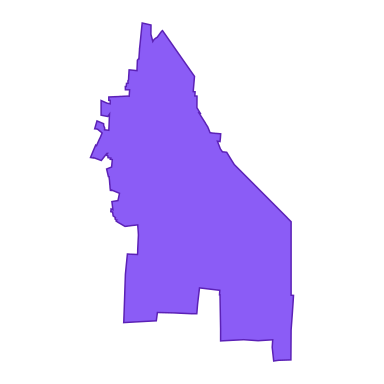 Hopelchén, Campeche, Mexico (Natural Earth projection)
{"feature_id": "50627088B35254539369817", "entity_name": "Hopelchén", "entity_type": "district", "adm_level": 2, "iso_a3": "MEX", "parent_name": "Mexico", "parent_adm1": "Campeche", "projection": "natural_earth1", "projection_center": [-89.782, 19.541], "detail": "fine", "context": "isolated", "style": "filled", "palette": "violet", "viewbox_px": 384, "rotation_deg": 0, "n_neighbors": 0, "source": "geoboundaries", "source_scale": "gbopen_adm2", "svg_char_len": 3420}
<svg xmlns="http://www.w3.org/2000/svg" viewBox="0 0 384 384"><path d="M139.7,47.5L139.6,48.1L139.6,48.4L139.5,48.8L139.5,49.8L138.9,58.9L138.5,58.9L137.4,60.2L137.2,65.2L137.0,70.0L137.0,70.6L135.1,70.5L134.8,70.4L134.7,70.4L129.8,69.9L129.5,69.9L129.1,69.9L128.9,73.5L128.7,76.2L128.6,78.5L128.5,79.8L127.9,80.9L128.0,82.3L128.0,83.3L126.5,83.4L126.3,86.4L125.3,86.5L125.4,89.8L129.6,89.8L129.2,96.2L127.4,96.1L125.6,96.2L123.1,96.3L122.9,96.3L122.0,96.4L120.5,96.4L119.3,96.5L118.2,96.6L117.0,96.6L115.8,96.7L114.6,96.7L113.4,96.8L112.2,96.8L111.5,96.9L110.6,96.9L108.8,97.0L108.8,100.4L110.2,100.4L110.2,103.8L107.1,103.2L101.1,100.5L101.1,115.2L107.8,116.5L109.5,114.1L109.4,115.7L109.1,124.4L108.8,130.3L104.5,129.8L104.7,128.0L104.4,127.4L103.7,125.6L103.6,123.7L97.0,120.9L94.7,128.8L96.1,128.9L96.3,128.9L97.7,129.3L101.0,132.0L102.1,133.0L101.2,135.2L101.1,135.5L100.9,135.8L100.8,136.2L100.5,136.9L99.8,138.4L99.7,138.5L99.0,140.0L97.1,144.3L96.5,145.7L96.3,145.6L95.7,145.1L95.3,146.0L95.2,146.2L93.3,150.7L90.5,157.5L93.6,158.0L93.7,157.7L101.3,160.5L106.9,153.4L107.5,153.4L106.2,155.2L107.9,155.9L108.0,157.7L110.8,158.1L110.3,159.3L112.3,159.6L112.2,160.8L111.6,167.0L108.1,168.4L106.6,169.0L107.9,174.5L108.4,176.6L109.1,176.7L109.2,178.2L109.5,180.5L109.6,181.9L109.8,184.6L109.9,184.8L110.1,188.0L110.4,190.4L110.5,190.4L111.8,190.5L111.8,190.1L115.6,191.7L119.5,193.3L118.0,200.3L117.9,200.6L114.1,201.2L111.9,201.6L112.3,205.0L112.9,209.7L111.1,208.9L110.8,211.7L112.6,212.1L112.8,213.3L112.8,213.7L112.9,214.2L113.0,214.5L113.1,215.9L113.3,216.0L113.9,216.4L114.3,216.8L115.2,217.5L115.4,217.6L115.3,218.2L115.0,218.9L116.0,219.8L116.2,220.0L116.4,220.2L116.5,220.2L116.4,220.3L116.1,221.0L117.5,222.0L118.8,222.8L120.4,223.7L123.1,225.3L124.3,226.0L125.0,226.4L126.0,226.3L127.1,226.2L128.1,226.0L129.2,225.9L132.0,225.5L133.1,225.4L135.2,225.2L135.6,225.1L137.7,224.9L138.2,231.3L138.4,234.6L138.4,235.6L138.3,237.3L137.7,250.0L137.7,252.2L137.5,254.5L135.4,254.4L133.3,254.3L132.2,254.3L131.2,254.2L130.1,254.2L129.0,254.1L127.4,254.0L125.4,274.2L123.8,321.6L123.7,322.6L132.3,322.1L156.3,320.8L157.4,312.5L174.2,312.9L180.0,313.2L191.2,313.7L196.8,313.7L197.6,304.0L199.5,287.9L219.8,290.3L219.5,294.8L220.0,294.8L220.1,300.3L220.6,328.8L220.6,340.9L234.0,340.2L243.7,339.7L258.1,340.7L272.7,339.8L272.2,347.3L273.7,361.0L278.4,360.3L290.9,359.9L291.1,330.1L292.3,313.9L293.2,300.7L293.5,295.4L291.1,295.2L291.1,278.6L291.1,271.6L291.1,262.6L291.1,257.7L291.1,221.7L287.7,218.3L286.7,217.2L259.1,189.5L234.3,164.6L233.6,163.5L231.1,159.5L226.7,152.3L225.1,152.1L224.6,152.0L223.2,151.9L222.9,151.9L222.4,151.8L220.4,149.0L219.9,147.7L219.6,146.9L217.4,141.2L220.0,141.6L220.3,138.9L220.4,138.1L220.7,133.8L216.2,133.4L215.5,133.4L214.9,133.3L214.6,133.3L214.2,133.2L213.7,133.2L212.7,133.1L212.3,133.1L212.1,133.0L211.4,132.9L210.1,132.7L209.9,132.3L209.5,131.3L209.3,130.8L209.2,130.6L209.1,130.2L208.9,129.8L208.4,128.5L208.1,127.9L207.9,127.2L207.7,126.9L207.6,126.7L207.3,126.2L207.0,125.8L206.7,125.3L206.4,124.8L206.1,124.3L205.8,123.9L205.5,123.4L205.3,122.9L205.1,122.6L199.0,113.0L200.2,113.2L196.9,107.7L197.0,96.1L194.8,95.9L195.1,91.8L193.2,91.6L194.5,76.4L176.1,50.1L164.9,34.0L162.5,30.6L161.6,31.3L157.2,37.3L156.2,37.8L154.1,39.4L152.8,41.5L150.9,34.3L150.9,32.8L151.0,25.0L142.2,23.0L141.6,28.6L141.0,34.7L139.7,47.5Z" fill="#8b5cf6" stroke="#5b21b6" stroke-width="1.5"/></svg>